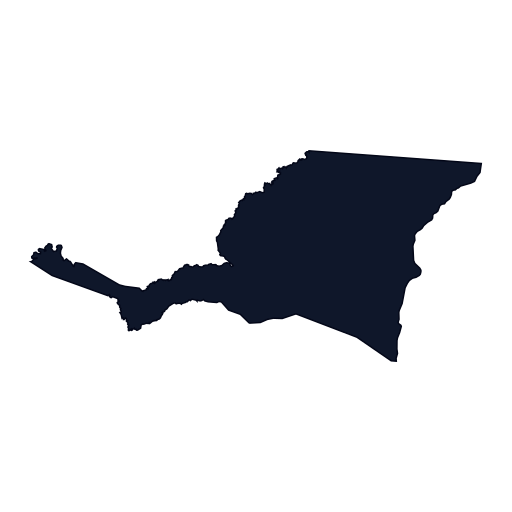 outline of Peixoto de Azevedo, Mato Grosso, Brazil
{"feature_id": "56859067B15888729029832", "entity_name": "Peixoto de Azevedo", "entity_type": "district", "adm_level": 2, "iso_a3": "BRA", "parent_name": "Brazil", "parent_adm1": "Mato Grosso", "projection": "mercator", "projection_center": [-54.046, -10.194], "detail": "fine", "context": "isolated", "style": "filled", "palette": "ink", "viewbox_px": 512, "rotation_deg": 0, "n_neighbors": 0, "source": "geoboundaries", "source_scale": "gbopen_adm2", "svg_char_len": 6072}
<svg xmlns="http://www.w3.org/2000/svg" viewBox="0 0 512 512"><path d="M309.0,150.8L309.0,152.2L308.5,151.7L306.7,151.8L305.1,153.3L305.6,154.9L306.0,154.5L306.6,155.7L306.9,157.8L306.0,158.9L304.8,159.5L302.7,158.8L302.1,159.0L301.8,159.8L301.1,160.0L301.1,159.2L300.1,159.7L299.7,159.1L298.1,160.6L298.2,161.4L296.9,162.9L296.2,163.2L293.3,162.8L292.1,164.7L291.0,165.3L290.5,164.9L287.1,166.4L287.2,166.9L286.5,167.1L286.3,168.0L285.5,167.0L284.2,167.3L284.0,166.6L283.1,166.9L283.3,167.5L282.6,168.6L282.2,168.0L280.2,168.7L279.7,168.3L279.1,168.5L278.9,168.0L277.9,169.2L277.2,169.3L277.0,169.8L277.7,170.0L277.0,171.7L279.6,171.4L279.5,172.1L278.9,172.5L280.5,173.1L280.2,173.6L280.4,174.2L278.7,175.1L278.2,174.8L277.8,175.4L277.5,177.6L277.9,178.2L277.6,178.8L276.4,177.9L274.7,178.5L274.2,178.8L274.8,180.4L273.6,180.5L272.1,181.3L271.7,182.1L273.0,182.3L273.2,183.5L272.8,184.1L272.5,183.5L271.9,183.5L271.0,185.4L269.6,183.5L268.4,183.7L267.4,183.0L266.2,183.6L264.9,182.9L264.4,184.3L265.0,185.5L264.3,185.8L264.2,186.8L263.6,187.6L263.2,187.3L264.2,188.9L264.2,192.3L262.4,192.7L259.7,191.6L257.0,192.7L255.8,192.2L254.7,193.2L253.4,193.3L253.5,194.0L252.4,194.7L251.2,193.4L249.7,193.3L247.5,193.8L246.7,193.3L245.7,193.7L245.2,195.9L244.4,197.0L244.9,198.1L243.5,198.8L243.6,199.4L243.1,199.2L242.4,200.5L241.8,200.1L240.1,200.9L238.7,202.6L239.3,203.2L239.3,204.0L238.7,204.8L239.0,205.6L238.5,205.8L238.7,207.3L238.2,207.5L238.1,208.5L237.0,208.5L236.7,209.1L236.1,208.9L235.9,210.7L235.2,210.9L235.8,212.9L234.4,214.6L234.7,216.3L233.2,217.7L233.1,218.4L232.1,219.1L231.8,218.5L230.2,218.1L228.9,218.3L228.1,219.5L226.0,220.2L225.4,221.0L226.0,222.5L225.3,223.0L224.9,224.4L224.2,224.9L224.7,225.4L223.5,226.0L223.2,227.8L220.7,230.6L220.9,231.8L219.3,234.9L217.9,236.5L216.5,237.3L216.6,240.8L217.4,242.3L218.3,249.1L218.1,250.2L220.4,253.2L219.8,254.7L220.5,255.6L223.6,256.1L224.7,256.8L225.0,258.0L225.8,259.1L227.1,259.8L232.5,264.7L233.2,265.7L231.7,266.6L230.6,265.9L229.4,263.3L226.6,262.7L224.2,263.4L221.8,265.6L219.1,266.2L216.3,265.6L216.2,264.9L215.7,264.6L212.2,264.8L211.1,263.7L208.7,264.4L208.0,265.2L205.3,265.2L203.5,265.8L203.5,266.5L203.0,266.8L201.2,267.0L198.9,266.6L198.2,266.2L198.1,265.4L196.7,264.7L195.2,265.7L194.3,265.7L193.8,266.4L192.3,267.2L190.9,266.5L189.5,266.6L188.6,265.6L188.7,265.1L187.6,264.5L187.0,264.8L186.3,264.5L185.2,265.3L184.6,265.2L182.8,268.2L181.2,268.2L180.1,268.8L179.6,268.7L177.4,271.6L175.2,271.6L174.0,274.3L173.5,274.4L172.3,275.7L172.5,277.3L171.7,277.6L171.5,279.6L170.9,279.9L170.4,279.5L169.2,280.8L168.6,280.8L168.2,279.7L167.7,280.3L167.1,279.7L165.5,280.5L165.0,279.8L163.8,280.4L163.5,279.9L162.6,280.0L161.4,279.1L158.4,279.6L158.5,280.2L157.9,280.4L158.1,280.8L157.8,281.4L157.3,281.3L155.6,282.5L154.9,282.0L154.6,283.5L153.8,283.3L153.7,282.2L153.0,282.3L153.3,282.9L150.8,283.6L150.0,284.2L149.2,285.3L149.2,286.4L148.7,286.1L147.4,286.5L147.8,287.1L148.4,286.8L147.9,287.7L148.1,288.5L147.5,288.2L147.0,289.0L146.5,288.7L146.0,290.0L143.0,290.8L142.8,291.4L142.1,291.1L139.2,288.2L125.1,286.4L119.3,284.9L83.0,264.0L75.7,262.7L74.1,264.6L74.4,265.3L73.9,266.6L73.0,265.9L70.6,262.0L69.9,261.3L68.4,261.1L68.3,260.5L66.5,258.9L64.1,260.7L63.3,260.3L63.0,258.3L61.1,256.1L60.4,253.2L60.7,250.5L62.0,247.4L61.3,245.5L60.5,245.2L58.4,245.2L57.5,245.7L56.7,246.4L56.6,247.3L57.4,248.1L56.4,251.0L53.5,251.5L51.4,248.6L51.4,247.9L52.2,247.0L51.6,244.6L49.0,243.7L48.2,244.0L47.4,245.4L46.1,246.1L44.8,247.9L45.9,250.7L45.3,251.0L44.7,251.3L44.4,251.0L44.3,249.6L39.5,248.6L38.4,249.4L38.4,250.2L39.0,251.4L40.6,251.9L40.5,253.7L37.9,253.7L35.9,252.2L34.0,252.7L33.6,254.8L31.7,256.6L31.8,257.8L32.1,258.3L36.8,257.8L36.9,258.5L33.7,259.2L31.8,261.5L30.7,261.7L52.1,275.5L107.7,295.6L109.5,294.6L109.8,295.3L109.4,296.4L110.6,297.5L111.5,297.6L112.5,296.6L117.7,298.6L118.1,299.3L117.9,300.0L118.6,300.1L119.1,301.3L117.9,301.8L117.2,302.8L118.5,304.6L119.6,305.1L119.7,307.2L120.8,308.4L120.4,309.1L120.5,309.8L121.3,311.4L121.2,312.1L119.9,312.5L121.2,314.6L122.0,318.2L122.6,317.7L123.1,317.8L123.4,319.5L124.1,319.5L124.8,318.5L125.5,318.6L125.8,318.1L126.6,319.0L126.4,320.8L127.4,320.8L126.8,321.5L128.0,322.7L128.1,323.3L127.6,324.0L127.9,324.7L128.7,324.9L128.4,326.5L127.9,327.0L128.6,328.6L128.3,330.1L128.9,330.7L130.0,330.3L130.5,329.5L131.6,330.4L132.2,330.0L131.7,329.2L131.9,328.6L133.1,329.0L133.8,328.9L134.2,328.2L134.9,329.3L135.5,329.5L136.0,329.2L136.7,330.2L137.6,330.1L140.6,328.2L141.1,325.0L142.6,324.1L143.7,324.2L146.2,323.3L149.1,323.5L149.3,322.7L149.8,323.4L152.6,321.1L153.2,321.1L153.5,320.6L154.6,320.8L155.0,320.4L155.9,320.7L156.8,320.4L156.7,319.8L159.3,319.0L160.4,317.9L161.5,315.3L162.2,314.7L162.8,313.2L162.1,312.6L164.5,311.4L165.0,310.0L166.9,308.8L168.7,306.2L173.1,303.4L175.1,302.8L175.9,303.7L176.7,303.8L177.6,303.3L180.1,303.3L181.5,304.2L181.8,303.5L185.6,302.4L185.9,301.7L187.2,301.8L189.1,299.9L189.7,299.9L190.3,300.6L192.0,299.2L195.9,300.1L196.9,301.0L196.8,300.4L197.4,300.2L200.1,300.9L201.6,300.6L203.4,299.5L204.8,300.9L208.2,301.8L216.8,302.5L218.9,301.5L221.4,301.9L228.6,310.1L240.3,314.3L249.0,322.8L249.8,323.1L260.3,322.5L267.4,319.4L273.4,318.2L282.2,318.5L295.2,314.1L296.3,314.0L356.9,337.2L391.2,360.8L396.3,361.2L396.1,358.3L397.5,353.4L396.9,349.0L397.0,340.5L397.5,337.8L399.6,332.6L401.3,326.4L400.9,325.3L398.6,323.6L398.1,322.3L399.0,319.3L398.8,312.4L399.2,310.5L402.1,303.6L405.1,287.8L407.4,283.2L409.3,280.5L412.5,278.2L416.0,277.3L419.3,275.4L420.3,274.2L420.9,271.8L420.9,270.2L419.8,268.2L414.8,263.4L413.6,260.4L412.9,246.2L413.3,244.1L414.9,240.3L414.5,235.5L415.1,234.0L417.2,231.4L420.3,229.7L422.1,228.2L423.7,225.6L427.6,222.2L431.6,219.9L432.6,218.1L432.8,214.8L433.9,213.6L436.0,212.7L437.8,211.1L439.9,205.5L441.9,204.2L444.5,203.8L445.9,201.6L449.1,199.2L450.2,197.6L451.4,194.6L451.6,191.9L452.1,190.9L453.6,190.1L455.3,189.9L457.0,188.3L458.5,187.9L460.4,186.1L470.8,183.1L474.5,181.4L476.9,176.4L480.0,172.5L481.3,163.5L309.0,150.8Z" fill="#0f172a" stroke="#020617" stroke-width="1.5"/></svg>